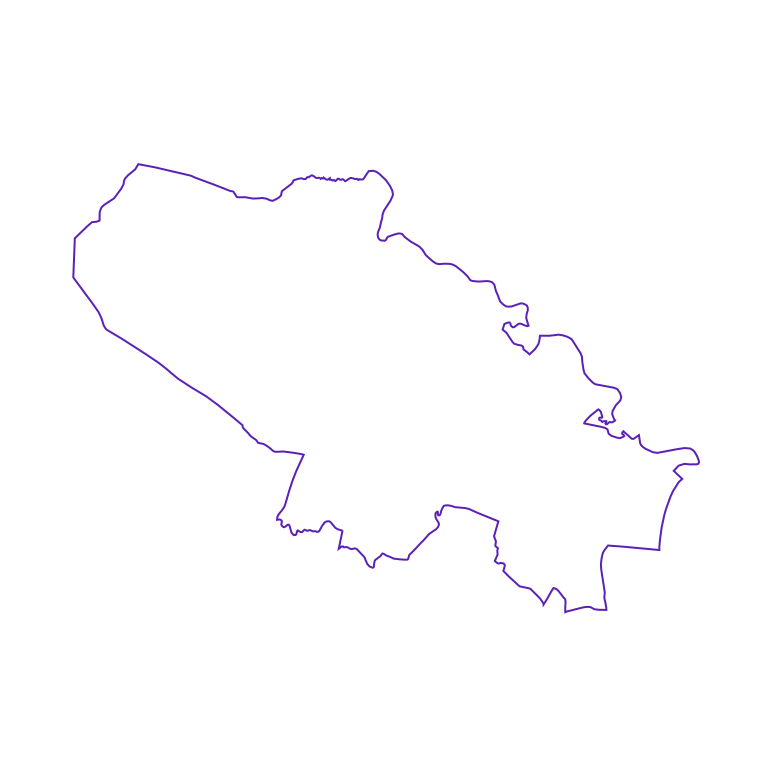 Ninh Phuoc, Ninh Thuận, Vietnam (orthographic projection), rotated 5°
{"feature_id": "81297802B18401806223645", "entity_name": "Ninh Phuoc", "entity_type": "district", "adm_level": 2, "iso_a3": "VNM", "parent_name": "Vietnam", "parent_adm1": "Ninh Thuận", "projection": "orthographic", "projection_center": [108.902, 11.561], "detail": "fine", "context": "isolated", "style": "outline", "palette": "violet", "viewbox_px": 768, "rotation_deg": 5, "n_neighbors": 0, "source": "geoboundaries", "source_scale": "gbopen_adm2", "svg_char_len": 6137}
<svg xmlns="http://www.w3.org/2000/svg" viewBox="0 0 768 768"><g transform="rotate(5 384 384)"><path d="M489.3,285.0L487.4,281.6L485.3,275.6L483.6,273.8L482.4,273.0L479.8,272.5L477.4,272.5L469.6,273.7L463.9,273.7L461.7,273.4L460.6,272.7L457.8,269.4L453.0,265.5L445.2,260.3L442.0,259.0L438.7,258.6L433.7,258.9L428.3,259.8L425.4,259.4L422.1,257.7L414.5,252.1L410.7,247.0L407.2,244.0L398.6,240.0L391.9,235.9L389.0,233.0L387.3,232.7L385.6,232.7L381.4,234.1L376.2,236.5L374.8,237.2L373.4,240.2L372.5,241.2L368.3,241.2L366.8,240.3L365.2,238.3L364.6,235.4L364.9,232.8L366.3,228.4L366.8,223.8L367.7,219.1L367.8,215.2L368.9,211.2L374.6,200.5L376.4,195.2L376.0,192.8L375.3,190.4L372.5,185.9L368.2,180.8L361.1,175.1L358.0,173.3L354.7,172.5L350.2,173.3L347.7,177.7L346.1,180.9L345.1,182.0L343.7,182.3L341.5,182.1L341.0,182.9L340.2,182.8L339.3,182.0L337.3,182.3L333.9,181.6L332.5,181.7L327.9,185.3L327.4,185.2L325.5,183.7L324.8,183.6L323.6,184.2L322.6,184.4L321.1,183.5L320.4,183.4L319.8,183.8L318.6,185.5L317.7,186.0L316.5,185.2L315.9,185.3L315.4,185.8L313.4,185.1L312.4,185.3L312.1,185.0L312.3,184.5L312.1,183.7L310.0,185.4L308.5,185.3L305.9,183.7L305.8,184.4L304.8,184.6L304.0,184.3L303.1,185.2L301.9,184.3L301.2,184.2L298.8,184.7L298.1,184.5L295.8,183.0L294.1,182.4L293.4,182.6L291.0,184.6L289.9,184.6L289.3,184.9L288.0,186.7L286.0,186.8L284.2,186.3L281.6,186.8L277.1,188.5L276.0,189.2L275.6,190.8L274.5,192.6L265.5,200.8L265.0,205.1L263.2,207.3L260.3,209.4L256.8,211.3L254.4,210.9L250.7,209.6L246.2,209.3L242.8,210.0L237.1,210.7L229.3,210.0L222.8,210.7L221.0,210.5L217.5,205.9L216.7,205.3L214.0,205.1L196.6,200.0L178.3,195.0L173.4,193.3L137.7,188.2L120.1,186.4L117.4,191.9L110.6,198.6L108.1,202.0L107.2,204.7L107.2,207.2L106.9,208.3L105.1,212.5L99.0,222.5L89.8,229.8L87.4,232.4L86.7,233.9L85.8,237.7L86.4,246.0L83.5,247.4L79.0,248.2L74.5,252.9L63.3,265.8L65.2,305.0L86.3,328.8L93.6,337.5L96.9,343.4L99.7,350.1L101.6,352.7L103.2,354.2L119.9,362.3L145.0,375.5L157.9,382.7L166.5,388.3L171.0,391.6L178.4,396.7L193.2,404.6L207.8,411.7L220.1,419.2L237.8,431.2L246.7,437.5L247.1,439.5L248.8,441.2L252.9,444.7L255.6,447.5L261.7,451.1L263.7,453.6L269.1,454.2L272.4,455.7L275.9,457.8L279.6,460.5L281.0,461.0L284.0,460.8L289.4,460.0L299.5,460.4L307.6,461.0L310.2,461.5L304.3,478.0L301.3,488.2L299.1,497.5L296.1,512.5L295.2,515.5L292.9,519.4L290.5,522.9L289.4,525.5L289.3,528.6L291.3,528.1L292.7,528.2L293.9,529.1L294.3,529.9L293.9,532.6L294.2,533.5L295.3,534.8L296.9,535.4L298.4,534.5L300.3,532.6L301.4,532.5L302.1,533.1L304.8,540.2L307.2,542.4L307.7,542.2L309.1,542.1L309.7,541.3L310.4,537.8L310.9,537.4L313.8,538.8L315.3,538.7L317.3,536.2L318.3,536.1L320.1,537.0L321.3,536.7L321.8,536.3L323.1,536.0L326.0,537.0L328.4,536.6L330.1,537.2L331.8,536.7L332.9,534.8L335.2,529.7L336.2,528.6L336.6,527.4L338.7,525.9L341.4,525.5L343.1,526.5L348.0,531.5L350.5,532.7L355.0,533.7L355.4,534.1L353.3,552.1L355.9,549.6L356.6,549.4L357.3,549.4L357.8,550.1L358.5,550.2L360.2,549.7L361.1,549.8L362.4,550.0L364.6,551.1L366.1,551.3L369.3,550.3L371.0,550.6L379.6,558.2L381.3,561.6L383.0,564.7L385.5,567.0L388.4,568.0L389.4,567.7L389.9,566.9L389.8,564.0L390.1,561.3L390.7,560.0L395.3,555.9L397.1,553.1L397.7,553.0L398.8,553.3L401.1,554.6L405.4,555.8L408.8,557.1L415.8,557.3L420.4,557.2L422.6,556.9L423.3,556.2L424.0,552.5L424.4,551.7L427.8,547.8L435.0,538.6L436.6,536.8L442.2,529.3L448.8,523.9L450.3,521.7L451.0,519.2L450.6,517.6L448.1,514.3L447.0,512.4L446.5,509.3L446.7,508.2L447.9,506.6L448.3,506.5L448.7,506.6L448.9,507.1L449.0,509.2L449.4,509.9L450.0,510.2L451.1,509.6L451.8,507.8L452.0,505.4L453.5,501.5L454.3,500.1L456.8,499.4L458.9,499.3L461.9,499.6L465.5,500.5L475.5,500.5L479.6,501.1L488.7,504.3L509.9,510.8L506.9,525.9L507.8,528.2L509.2,530.9L509.0,535.4L509.3,535.9L511.8,537.6L511.4,540.1L512.0,544.1L509.8,550.7L512.3,552.4L513.7,552.9L514.5,552.7L515.5,552.1L518.5,552.3L519.8,553.2L520.1,554.1L519.9,556.5L519.2,559.8L525.0,564.8L536.6,573.7L546.3,574.9L548.0,575.5L558.1,584.0L560.9,587.4L562.1,589.0L562.2,589.7L565.0,584.3L568.8,575.9L570.6,572.5L571.0,572.5L574.0,573.4L576.1,575.2L581.5,581.1L582.6,581.9L583.3,582.8L583.9,585.6L584.0,590.9L584.5,595.5L586.3,594.6L598.6,590.3L602.5,589.0L605.7,588.3L608.5,588.2L609.8,588.5L613.0,590.0L617.2,590.2L625.2,589.7L624.8,586.9L623.9,583.6L622.4,578.8L622.1,577.2L622.1,572.4L616.6,549.9L615.8,545.0L615.9,539.7L616.1,537.5L616.7,533.5L617.7,531.0L621.2,525.4L636.1,525.2L672.8,525.4L672.5,522.8L672.5,515.5L673.1,502.5L674.7,489.7L675.8,484.1L679.1,471.6L681.2,465.6L686.1,456.1L689.4,452.6L680.2,445.3L684.6,439.7L690.1,437.4L695.9,437.4L702.2,436.8L703.9,436.2L704.7,434.6L704.1,432.5L702.3,428.8L699.7,425.0L697.6,423.0L694.6,421.6L689.0,421.6L681.2,423.5L662.3,428.8L657.8,428.5L650.1,425.7L647.3,424.1L645.3,422.4L644.3,420.4L642.4,412.7L637.4,416.9L635.6,417.0L626.6,410.2L625.9,411.1L625.5,412.7L627.4,414.1L627.8,415.0L627.1,415.6L623.8,417.4L620.6,417.1L615.1,415.8L612.1,413.9L610.6,409.8L608.1,408.5L604.4,407.8L586.9,405.8L586.8,405.3L588.4,402.6L592.3,397.7L599.7,390.6L600.3,390.8L602.4,392.7L604.4,397.9L604.0,398.6L602.0,398.6L601.4,399.1L601.4,400.6L601.6,400.9L603.8,401.8L604.8,402.8L606.2,402.0L607.3,401.7L608.7,401.6L608.8,402.1L608.0,404.1L608.8,404.8L609.4,404.7L609.8,404.5L611.8,402.4L612.2,402.2L614.2,402.4L615.0,402.1L617.4,400.2L616.0,398.5L613.9,393.9L614.1,390.9L616.8,385.0L620.9,379.7L621.5,376.3L620.0,372.6L617.0,368.8L613.5,367.7L594.3,365.8L591.6,364.2L587.1,360.4L582.8,355.9L581.4,352.0L579.6,344.6L578.9,339.8L577.2,336.3L567.1,323.1L564.8,321.9L562.3,320.9L558.2,320.0L553.9,319.6L544.7,321.5L535.2,322.3L535.0,327.1L534.4,330.7L531.5,336.0L526.4,341.8L522.8,339.1L520.0,337.5L519.4,335.0L518.8,334.3L517.6,333.7L513.6,333.3L510.1,332.5L508.1,330.6L501.5,322.3L497.4,319.5L498.7,313.7L501.6,312.2L503.2,311.8L504.0,311.9L504.6,312.6L505.2,314.7L507.1,316.2L508.6,316.1L512.6,312.5L514.2,312.0L516.0,312.2L518.6,313.2L521.6,313.9L522.9,313.4L519.9,305.8L520.0,301.9L520.8,298.2L520.6,295.6L519.6,293.5L517.3,292.3L515.0,291.7L513.0,291.8L504.2,295.7L501.2,296.1L498.8,296.0L496.1,294.6L492.5,291.7L489.3,285.0Z" fill="none" stroke="#5b21b6" stroke-width="2"/></g></svg>